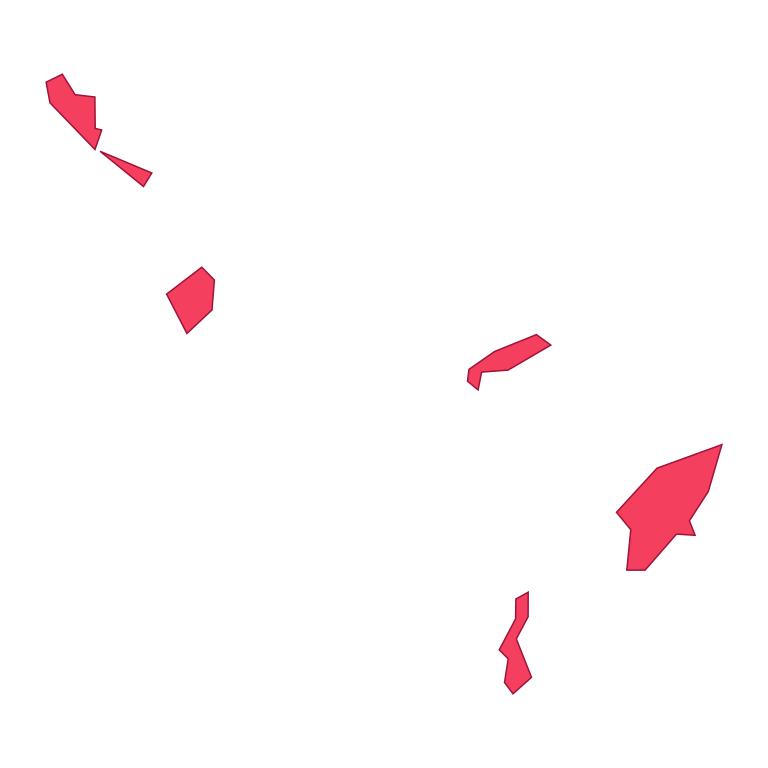 an SVG outline of Notio Aigaio
{"feature_id": "GRC-3013", "entity_name": "Notio Aigaio", "entity_type": "Region", "adm_level": 1, "iso_a3": "GRC", "parent_name": "Greece", "parent_adm1": "", "projection": "orthographic", "projection_center": [25.984, 36.675], "detail": "coarse", "context": "isolated", "style": "filled", "palette": "rose", "viewbox_px": 768, "rotation_deg": 0, "n_neighbors": 0, "source": "natural_earth", "source_scale": "10m", "svg_char_len": 726}
<svg xmlns="http://www.w3.org/2000/svg" viewBox="0 0 768 768"><path d="M721.9,444.6L708.3,491.5L689.4,520.8L695.1,535.3L676.5,534.1L645.1,570.1L626.8,570.1L630.8,529.7L616.5,512.3L657.1,468.1L721.9,444.6ZM201.8,267.2L214.4,280.1L212.0,309.9L186.9,333.5L166.6,294.1L201.8,267.2ZM101.7,130.0L95.0,149.5L50.0,102.9L46.1,82.2L62.3,74.2L75.1,94.7L94.9,97.0L95.2,128.4L101.7,130.0ZM516.3,638.9L531.5,677.3L513.0,693.8L504.5,682.5L508.2,658.8L499.2,649.9L515.6,618.9L515.9,599.0L528.2,592.2L528.1,616.8L516.3,638.9ZM536.4,334.6L550.8,345.1L508.0,370.1L481.6,372.1L478.1,389.9L467.5,381.2L469.0,369.3L494.6,351.5L536.4,334.6ZM143.5,186.5L100.1,151.3L151.8,173.0L143.5,186.5Z" fill="#f43f5e" stroke="#9f1239" stroke-width="1.5"/></svg>